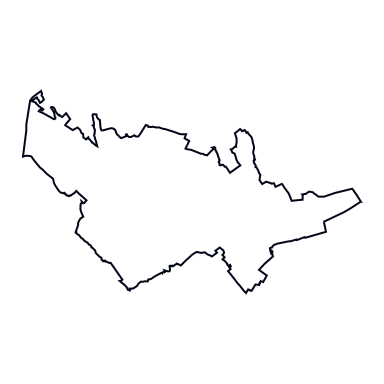 Hiliseu-Horia, Botosani, Romania
{"feature_id": "2599482B53241690354828", "entity_name": "Hiliseu-Horia", "entity_type": "district", "adm_level": 2, "iso_a3": "ROU", "parent_name": "Romania", "parent_adm1": "Botosani", "projection": "mercator", "projection_center": [26.289, 48.015], "detail": "fine", "context": "isolated", "style": "outline", "palette": "ink", "viewbox_px": 384, "rotation_deg": 0, "n_neighbors": 0, "source": "geoboundaries", "source_scale": "gbopen_adm2", "svg_char_len": 5872}
<svg xmlns="http://www.w3.org/2000/svg" viewBox="0 0 384 384"><path d="M264.4,264.0L273.0,256.4L272.1,253.9L272.4,252.5L272.4,251.5L271.9,250.8L271.5,250.6L271.2,250.9L270.8,252.3L270.2,250.5L270.3,249.9L269.9,248.3L270.3,247.9L272.0,247.5L272.8,246.0L274.1,244.9L277.2,243.7L282.4,242.6L288.8,241.3L291.0,241.2L296.3,239.5L296.8,240.1L304.6,237.1L305.2,237.8L326.0,231.8L324.1,222.9L324.2,221.4L325.2,221.1L344.1,212.1L350.4,208.4L360.6,201.8L361.0,201.8L356.8,195.2L353.0,189.7L351.7,188.2L351.8,188.6L351.6,188.8L350.0,189.3L335.2,192.9L324.2,196.6L323.2,196.7L318.5,196.7L315.0,194.0L313.7,193.3L313.0,192.3L309.5,191.6L308.8,191.8L305.5,194.0L304.0,194.0L303.0,194.5L302.3,194.5L302.7,195.0L302.6,199.7L291.6,200.8L290.5,197.7L288.6,193.3L284.2,187.4L282.7,184.8L281.9,183.9L275.5,186.8L273.9,183.2L271.5,183.7L270.9,183.2L266.2,181.7L262.2,184.0L259.5,180.1L260.3,174.5L259.4,173.6L258.7,172.3L258.7,171.6L257.0,168.2L256.4,167.4L255.5,167.1L255.8,165.7L254.9,164.2L254.5,163.9L254.4,163.0L253.9,162.6L253.8,161.2L253.6,160.5L253.7,160.3L254.6,160.1L255.1,159.6L255.0,159.2L254.2,158.4L254.1,157.9L254.4,156.5L253.6,154.6L253.2,152.9L253.3,151.5L254.0,148.3L254.0,146.5L253.0,143.4L252.5,140.5L251.6,137.4L249.5,134.8L248.7,134.2L247.6,132.2L246.5,132.8L245.2,130.5L244.8,130.1L244.0,130.6L243.9,130.4L242.2,131.2L240.5,129.3L240.2,129.5L239.9,129.2L237.4,131.4L234.9,133.2L236.6,138.4L236.5,141.0L236.7,142.2L236.0,145.3L236.2,146.8L234.8,146.7L232.8,148.7L230.8,149.4L231.6,150.6L232.3,152.5L234.6,153.6L235.7,156.9L236.3,159.3L237.1,161.2L237.8,162.4L239.1,163.7L240.3,165.4L230.0,172.8L225.9,166.6L224.8,166.8L223.3,164.9L222.4,164.8L220.7,165.3L219.6,165.1L219.6,163.5L218.8,162.3L218.8,161.9L218.8,161.4L219.5,160.8L219.7,160.1L219.2,159.3L217.7,155.0L217.4,153.6L216.5,152.4L216.4,151.3L215.5,150.5L215.3,149.9L215.4,148.8L215.3,148.0L214.5,147.1L212.4,147.6L213.8,148.5L213.5,149.0L211.1,151.1L207.1,155.3L204.6,154.8L202.9,153.8L200.8,153.7L191.3,149.9L187.1,149.2L185.5,148.6L189.2,141.0L184.6,138.3L186.1,134.2L181.4,134.3L178.8,133.7L174.3,132.0L165.8,129.3L162.2,128.6L158.9,127.3L156.9,127.6L152.6,126.7L151.7,127.0L148.4,126.9L148.2,126.8L148.1,126.0L147.8,125.6L146.6,125.4L145.8,125.0L141.0,132.7L139.1,135.6L138.3,136.4L136.1,136.6L134.3,135.3L131.3,136.9L129.1,137.0L127.2,135.6L127.2,134.7L127.0,134.4L126.4,134.2L125.9,134.6L126.3,136.1L121.4,138.1L120.7,137.9L116.9,134.2L116.0,132.5L115.9,131.5L115.2,130.1L114.3,129.1L113.5,128.9L113.0,128.4L111.0,128.2L103.2,130.3L101.5,130.4L101.2,130.0L100.5,127.7L99.9,120.2L99.6,120.2L97.5,118.1L96.9,116.9L96.4,114.4L93.1,114.2L92.4,115.7L93.0,117.4L93.1,119.0L93.9,122.8L93.9,125.3L93.7,125.8L93.4,125.1L92.8,125.4L93.9,126.3L93.8,127.6L94.7,129.2L94.7,129.8L95.0,130.5L94.6,132.1L94.8,133.3L94.2,134.3L94.1,135.5L95.1,138.3L95.2,139.4L96.1,141.5L96.4,143.2L97.2,146.2L95.3,145.1L92.2,142.2L92.0,142.4L89.9,139.7L88.5,138.5L88.3,137.3L88.0,137.5L88.0,137.8L87.2,138.2L86.8,138.9L86.0,139.4L85.7,139.0L83.6,137.7L83.3,137.2L83.1,133.9L81.6,133.2L80.1,129.9L77.6,127.5L72.7,130.1L65.2,125.2L66.4,123.4L70.2,119.1L66.1,113.2L62.3,117.0L61.7,116.9L60.4,115.8L59.5,115.6L59.3,114.9L58.4,115.2L55.7,111.6L54.8,109.2L53.6,107.4L51.4,107.0L50.9,107.5L53.8,112.0L54.6,114.9L54.6,116.2L55.5,117.7L55.2,118.2L55.2,118.7L54.5,118.8L53.9,119.2L44.0,113.6L38.7,111.2L38.9,110.6L40.4,109.5L42.5,110.4L43.3,109.2L38.6,106.0L37.5,104.7L36.0,103.4L35.9,102.7L31.9,101.1L35.6,98.0L37.0,97.4L37.3,97.9L37.7,99.3L38.6,100.0L40.0,102.9L40.7,102.6L43.4,100.2L43.9,99.5L42.6,96.8L41.5,95.6L41.7,94.8L42.0,94.3L42.1,93.4L41.5,92.6L41.1,91.0L33.8,96.3L32.5,97.5L30.1,100.7L26.3,124.6L26.3,130.5L23.0,156.6L24.2,156.1L26.8,155.7L30.7,156.2L31.5,156.6L33.3,159.3L37.2,164.2L40.1,167.6L42.6,169.6L46.9,173.9L53.0,178.7L54.1,183.3L55.5,185.9L58.8,190.8L60.6,192.5L63.1,193.3L64.2,192.7L65.0,193.4L64.7,193.5L64.8,193.7L65.2,193.9L65.1,194.0L65.9,194.7L66.7,195.4L67.5,195.4L67.9,195.8L69.0,196.2L69.6,195.4L70.8,195.6L72.9,193.9L74.5,193.0L76.3,190.9L78.8,193.5L86.5,200.3L84.8,202.2L84.6,202.8L83.8,203.2L82.4,203.2L82.2,201.9L81.7,201.5L81.9,202.1L80.6,204.4L80.4,209.1L81.1,211.8L83.2,216.7L80.3,218.7L79.0,220.9L78.1,222.9L78.1,225.3L76.1,230.8L76.3,231.6L75.7,231.9L75.6,232.5L76.4,233.0L76.3,233.3L77.7,234.4L79.1,235.1L81.1,237.9L81.6,238.3L82.4,238.5L83.4,239.5L83.8,240.4L84.5,240.6L85.6,241.7L87.3,242.5L88.0,243.2L88.8,244.5L89.8,244.7L91.3,246.2L91.4,247.4L92.0,247.5L92.8,248.3L93.1,248.4L95.1,250.5L95.6,251.9L95.6,252.7L96.7,254.0L98.5,255.6L99.3,256.6L100.3,257.0L101.5,258.0L101.5,258.9L101.7,259.9L102.6,260.2L103.2,261.3L103.9,261.2L104.9,260.6L105.4,261.6L106.5,261.5L107.2,262.1L108.5,262.6L110.1,263.1L110.7,262.9L122.4,279.7L120.9,280.8L119.7,281.0L125.1,285.4L125.6,286.2L126.8,287.3L127.2,288.6L128.0,289.9L128.8,290.0L129.8,290.6L130.3,289.5L129.8,288.6L133.1,288.5L133.9,288.0L137.0,286.0L138.4,283.6L141.1,281.6L142.9,281.8L143.6,281.5L145.3,281.3L147.7,281.4L148.3,280.2L148.2,279.7L148.5,279.3L150.8,279.1L155.1,276.2L161.5,272.8L161.8,272.8L162.4,273.3L162.6,272.6L163.8,271.5L164.6,272.2L165.7,271.2L165.1,270.5L168.0,271.4L169.6,271.2L170.0,269.5L169.9,267.9L169.5,266.4L169.7,265.8L170.6,265.7L171.2,266.2L172.4,265.6L173.0,266.3L176.8,263.6L177.3,264.1L177.5,263.9L178.6,264.3L180.8,265.5L185.3,261.0L192.5,254.4L196.7,251.9L201.1,252.9L204.8,252.3L207.8,254.6L210.5,255.6L211.9,256.5L217.0,252.7L215.4,250.8L219.7,247.5L223.3,250.4L224.0,252.3L224.0,253.1L222.4,254.9L224.6,257.3L222.5,259.3L222.8,259.7L223.2,259.4L226.1,262.4L227.3,263.9L227.1,264.2L228.5,266.1L230.1,264.9L230.8,266.3L229.5,267.5L230.6,269.0L228.1,271.1L231.5,275.3L238.1,283.9L239.0,284.7L244.5,291.6L246.0,293.0L248.2,289.4L250.5,290.7L250.9,290.2L251.7,290.7L255.5,284.5L259.2,285.0L259.9,283.3L259.5,283.1L260.7,281.1L263.1,282.1L266.8,275.5L259.0,269.9L264.4,264.0Z" fill="none" stroke="#020617" stroke-width="2"/></svg>